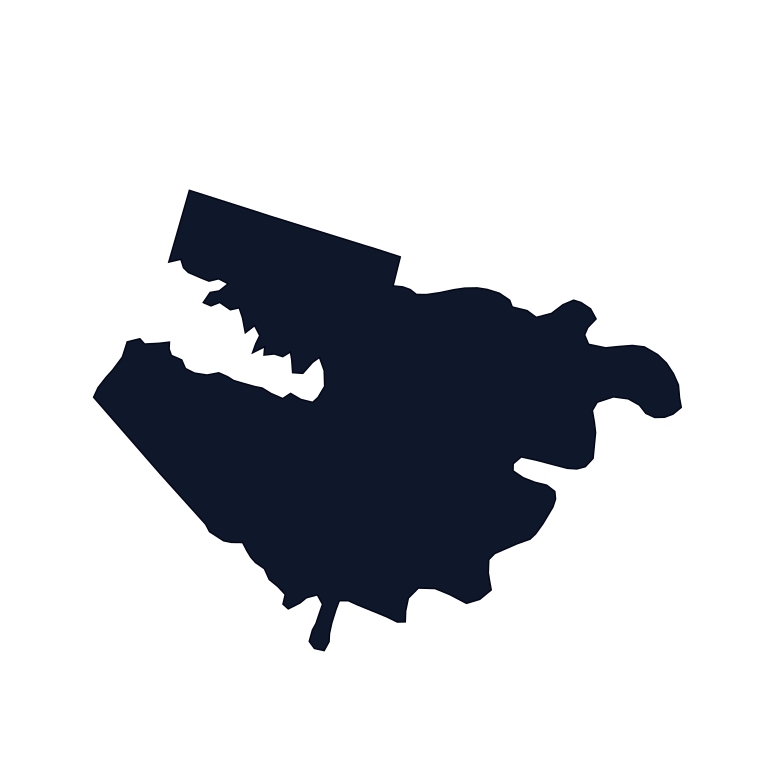 Fênix, Paraná, Brazil, rotated 74°
{"feature_id": "56859067B81094551622524", "entity_name": "Fênix", "entity_type": "district", "adm_level": 2, "iso_a3": "BRA", "parent_name": "Brazil", "parent_adm1": "Paraná", "projection": "natural_earth1", "projection_center": [-52.026, -23.893], "detail": "fine", "context": "isolated", "style": "filled", "palette": "ink", "viewbox_px": 768, "rotation_deg": 74, "n_neighbors": 0, "source": "geoboundaries", "source_scale": "gbopen_adm2", "svg_char_len": 2330}
<svg xmlns="http://www.w3.org/2000/svg" viewBox="0 0 768 768"><g transform="rotate(74 384 384)"><path d="M549.7,541.7L559.1,537.0L567.8,541.8L573.8,538.0L571.3,524.9L568.1,517.6L568.3,506.2L578.8,503.8L585.0,508.2L595.6,515.5L600.7,520.6L610.8,526.8L619.0,523.8L623.8,515.0L616.5,507.8L608.9,505.2L599.4,500.1L587.5,492.3L580.0,486.7L582.5,478.0L588.9,470.5L608.3,445.9L616.5,436.8L618.5,429.1L608.3,425.8L596.5,419.6L589.6,407.2L594.7,391.3L604.5,378.9L617.6,365.2L617.4,351.3L611.5,337.7L601.8,336.7L594.3,335.8L581.7,331.7L577.5,324.3L574.3,300.5L573.4,286.4L569.9,279.6L562.1,269.7L548.8,255.5L541.9,250.8L534.4,249.4L526.1,255.5L519.9,266.3L512.4,276.1L503.0,283.9L496.3,281.8L491.9,272.2L498.8,259.3L508.7,242.6L515.6,231.0L518.8,222.0L519.0,213.3L513.1,203.5L489.0,194.0L478.6,192.3L466.9,191.0L460.3,184.1L459.6,167.0L465.6,153.3L474.7,144.3L484.4,140.4L490.8,133.0L493.3,123.5L492.6,114.4L488.4,104.7L478.6,103.7L466.0,101.2L453.9,102.9L441.7,106.7L431.2,112.8L420.1,123.5L415.4,134.7L412.8,147.3L410.3,161.0L402.2,176.4L392.1,177.6L385.9,172.6L379.9,162.2L368.7,164.7L360.0,172.1L355.7,178.6L357.1,190.1L362.3,203.5L361.9,219.3L352.9,226.2L345.3,239.5L338.1,240.1L328.5,248.1L321.5,258.8L317.3,267.9L314.1,279.9L312.6,290.8L311.6,305.0L309.8,318.3L306.9,328.1L300.4,332.8L295.8,339.2L292.2,348.2L266.3,333.3L250.4,356.9L245.4,364.7L190.5,448.4L185.8,455.3L144.2,517.7L207.5,557.3L208.1,544.9L217.0,544.7L222.9,541.3L232.3,529.8L236.9,523.8L237.3,513.9L244.7,506.2L249.1,516.7L248.1,525.9L255.9,535.3L261.2,528.8L260.3,519.4L270.3,511.2L270.9,502.2L281.4,501.8L296.5,503.2L292.2,492.3L303.2,490.1L310.1,496.3L317.8,501.8L315.3,488.4L323.1,491.4L324.9,481.2L329.8,473.8L327.4,465.1L335.3,466.0L347.9,468.7L351.4,459.1L343.5,446.7L340.6,438.7L354.6,437.8L369.9,441.7L378.7,451.1L382.0,457.6L375.9,468.2L367.3,476.4L370.1,485.4L361.9,495.3L354.3,502.2L350.8,509.0L344.7,518.9L339.2,527.6L333.9,532.3L327.7,539.7L326.6,551.6L321.3,563.1L314.4,570.6L305.1,571.8L297.9,580.5L291.1,580.9L284.6,578.7L282.8,589.4L279.6,603.1L273.2,606.2L272.7,619.2L286.0,628.1L295.8,641.0L301.1,649.5L308.7,659.9L316.7,666.8L408.5,623.9L469.7,594.1L477.9,592.4L485.1,586.1L490.5,581.4L494.2,574.3L497.4,563.6L505.9,561.9L513.8,559.8L520.3,556.7L528.6,549.9L540.3,548.2L549.7,541.7Z" fill="#0f172a" stroke="#020617" stroke-width="1.5"/></g></svg>